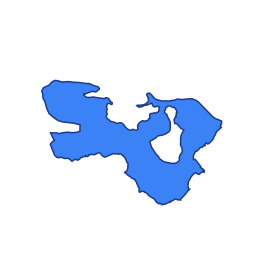 the district of Hihifo, Vava'u, Tonga, rotated 225°
{"feature_id": "48082658B37822051650309", "entity_name": "Hihifo", "entity_type": "district", "adm_level": 2, "iso_a3": "TON", "parent_name": "Tonga", "parent_adm1": "Vava'u", "projection": "mercator", "projection_center": [-174.028, -18.638], "detail": "fine", "context": "isolated", "style": "filled", "palette": "blue", "viewbox_px": 256, "rotation_deg": 225, "n_neighbors": 0, "source": "geoboundaries", "source_scale": "gbopen_adm2", "svg_char_len": 4668}
<svg xmlns="http://www.w3.org/2000/svg" viewBox="0 0 256 256"><g transform="rotate(225 128 128)"><path d="M157.7,56.9L155.7,58.2L154.9,60.0L153.7,60.4L151.0,61.8L149.0,64.2L146.6,64.7L144.0,64.9L143.8,66.7L143.1,68.4L142.5,69.2L141.4,69.3L140.9,69.8L140.3,71.0L140.3,73.3L140.2,74.5L139.5,75.3L138.3,78.5L137.9,78.2L137.9,78.5L136.4,79.2L136.3,80.3L136.7,81.4L136.2,81.5L136.0,82.8L135.2,83.2L134.9,83.9L134.4,84.1L133.8,84.7L133.1,85.0L132.2,86.7L132.3,87.6L131.7,88.4L131.2,89.9L129.2,90.6L127.1,90.2L125.1,90.4L123.7,91.0L120.9,98.0L120.5,99.4L118.9,100.4L117.9,101.9L116.3,102.5L115.0,104.6L110.1,104.9L108.3,104.6L106.8,104.0L104.2,102.9L102.7,102.7L101.8,102.0L101.3,100.9L100.0,99.9L99.4,98.8L98.6,97.2L98.4,95.9L98.9,95.3L99.0,94.4L98.3,94.1L97.1,94.5L95.8,94.5L93.7,94.6L92.6,95.2L90.1,95.2L87.2,96.2L84.3,95.8L81.2,94.5L79.9,94.1L78.8,93.3L77.2,93.4L76.2,91.7L74.8,90.7L74.0,91.2L74.0,92.7L72.5,93.6L72.1,94.5L70.6,94.3L69.8,95.0L68.4,95.2L66.9,94.9L63.7,95.2L59.3,96.4L55.0,95.7L52.4,96.3L52.3,97.5L50.3,97.9L50.1,97.5L49.6,97.8L49.0,99.3L47.9,100.2L47.4,102.1L46.6,104.0L45.7,105.4L46.3,106.0L45.6,106.3L45.4,106.8L45.5,107.4L44.7,109.1L45.0,109.8L44.1,111.5L42.0,112.3L41.5,113.4L40.6,113.5L39.8,114.4L40.5,115.1L40.5,119.9L40.7,121.9L41.2,126.5L41.1,128.3L42.1,127.6L43.1,128.6L45.1,129.5L45.9,131.3L46.9,131.8L47.7,134.3L48.9,138.1L49.2,143.4L46.5,144.9L45.3,145.0L44.7,146.0L45.0,147.6L44.5,149.1L44.5,150.5L43.7,150.1L42.9,150.4L43.7,151.8L45.2,152.1L47.3,151.7L48.8,151.4L49.3,152.2L57.1,153.2L58.5,153.3L59.0,152.2L59.7,152.1L61.8,154.2L62.7,155.8L63.7,159.6L63.1,160.0L62.7,161.9L63.2,165.4L61.8,166.9L62.1,169.7L61.1,169.7L61.1,170.1L61.8,170.2L62.3,172.7L60.3,173.0L59.7,175.0L59.8,177.2L59.8,179.2L60.1,181.0L61.0,182.1L61.2,183.9L62.8,188.2L62.5,191.6L62.5,194.5L64.0,194.3L65.0,197.3L66.9,199.1L72.5,196.6L75.7,195.9L94.8,196.1L97.2,196.1L99.3,195.7L103.4,194.0L104.5,192.7L106.7,190.4L108.8,187.7L110.2,186.0L112.6,184.3L113.9,182.9L114.9,180.2L116.3,178.8L117.6,176.6L119.4,174.8L121.1,173.4L121.6,172.4L123.0,171.2L127.1,168.7L130.0,167.6L134.0,168.0L137.2,168.0L138.7,166.3L138.5,164.8L135.8,163.8L133.3,162.4L132.5,160.9L132.4,158.1L133.5,155.2L136.3,151.8L137.5,150.8L137.6,149.9L136.6,150.2L135.1,150.3L133.0,153.3L132.5,155.4L130.9,157.4L129.9,159.9L128.8,162.3L125.3,161.1L124.3,161.6L123.0,163.2L122.3,164.8L120.5,164.7L118.1,161.5L118.2,160.1L119.1,158.1L120.5,156.9L121.0,155.2L122.0,154.7L122.4,153.3L120.6,151.1L119.2,150.3L119.9,148.9L119.3,147.2L120.8,144.9L123.0,143.3L123.7,140.0L123.1,136.7L120.1,134.0L120.5,132.2L123.6,130.5L124.8,127.8L127.8,126.9L129.3,126.8L133.6,127.3L135.4,127.3L136.9,126.5L138.2,125.0L138.8,123.7L140.2,122.9L141.5,122.6L142.8,121.7L144.2,121.0L144.9,120.2L146.6,120.4L149.1,120.0L151.4,120.5L151.9,121.5L152.7,123.4L154.4,124.1L155.3,125.1L156.2,126.7L157.7,127.4L159.0,129.0L159.6,130.9L158.6,132.4L156.5,132.7L156.1,133.7L156.9,134.7L159.8,134.3L160.5,134.8L162.4,135.1L163.3,134.9L164.0,134.6L165.3,133.5L165.2,132.6L166.1,131.6L171.3,127.6L174.3,125.5L177.5,121.6L179.6,120.1L180.0,120.1L180.5,120.1L182.1,120.1L182.7,120.2L183.5,121.1L182.4,121.5L181.5,123.7L179.4,128.3L178.5,129.2L177.0,130.0L176.1,131.2L176.0,133.1L175.7,135.0L176.5,135.9L178.0,135.9L179.4,135.5L181.3,134.1L186.5,132.2L190.2,129.0L194.4,125.9L198.3,122.4L199.0,121.6L199.3,121.6L199.5,121.4L199.6,121.1L199.8,121.0L199.8,120.7L200.2,120.7L200.3,120.5L200.9,120.2L201.4,120.0L203.0,118.6L203.0,118.2L203.9,117.7L204.5,117.0L205.2,116.0L206.7,114.5L207.2,113.8L208.6,113.1L211.0,111.8L213.3,110.0L214.2,107.7L214.3,105.0L214.1,102.0L215.4,99.2L216.2,96.5L215.1,93.1L212.6,92.0L209.5,89.2L204.9,87.6L199.9,84.7L194.1,82.4L188.8,82.7L182.8,83.8L178.8,85.9L174.8,89.0L169.7,93.1L165.7,95.4L163.9,96.3L162.3,94.3L159.7,91.8L160.5,90.1L161.3,88.6L164.0,85.3L167.6,82.5L169.4,80.3L171.4,77.7L172.5,75.4L174.8,74.3L177.0,72.1L179.4,69.8L171.1,67.0L171.7,65.7L171.5,61.6L161.2,57.0L157.7,56.9ZM74.0,150.8L72.7,149.1L72.1,145.7L71.1,143.6L69.4,142.1L68.6,140.2L68.9,138.5L69.9,136.0L71.0,135.0L72.5,133.6L74.3,132.4L77.8,130.1L79.4,129.4L81.8,128.9L84.2,128.7L86.2,129.4L89.5,129.4L93.4,130.2L97.8,131.1L103.1,133.8L101.4,140.0L101.4,143.4L98.5,147.5L97.3,150.3L96.4,154.0L96.6,155.9L98.3,158.1L102.0,161.8L105.0,163.1L107.9,163.9L110.2,165.1L111.9,164.6L114.4,165.8L114.5,167.7L115.6,168.6L115.0,172.1L113.8,173.4L110.7,174.2L109.9,175.4L107.2,175.0L104.5,174.0L104.6,172.8L103.5,172.2L103.0,170.6L101.8,169.9L102.2,169.0L101.3,166.4L98.1,164.2L96.6,165.6L93.2,165.3L90.6,165.1L87.1,166.0L86.3,163.1L85.0,159.8L82.9,157.2L81.6,156.1L79.1,153.3L75.9,152.0L74.0,150.8Z" fill="#3b82f6" stroke="#1e3a8a" stroke-width="1.5"/></g></svg>